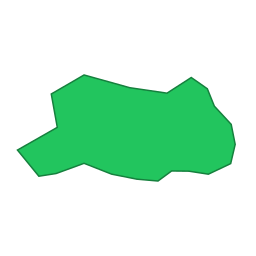 Kalo Chorio Oreinis, Nicosia, Cyprus (Natural Earth projection), rotated 95°
{"feature_id": "46923920B53942944533329", "entity_name": "Kalo Chorio Oreinis", "entity_type": "district", "adm_level": 2, "iso_a3": "CYP", "parent_name": "Cyprus", "parent_adm1": "Nicosia", "projection": "natural_earth1", "projection_center": [33.158, 35.002], "detail": "fine", "context": "isolated", "style": "filled", "palette": "green", "viewbox_px": 256, "rotation_deg": 95, "n_neighbors": 0, "source": "geoboundaries", "source_scale": "gbopen_adm2", "svg_char_len": 416}
<svg xmlns="http://www.w3.org/2000/svg" viewBox="0 0 256 256"><g transform="rotate(95 128 128)"><path d="M115.4,25.5L98.7,43.9L82.0,52.4L72.2,69.4L89.9,92.2L87.7,129.8L79.0,176.4L100.8,207.4L133.5,198.5L159.6,236.2L183.8,212.6L179.6,195.6L167.0,168.7L175.4,140.3L178.2,114.8L178.2,93.5L167.0,80.8L165.7,63.7L167.0,43.9L154.5,22.6L135.0,19.8L115.4,25.5Z" fill="#22c55e" stroke="#15803d" stroke-width="1.5"/></g></svg>